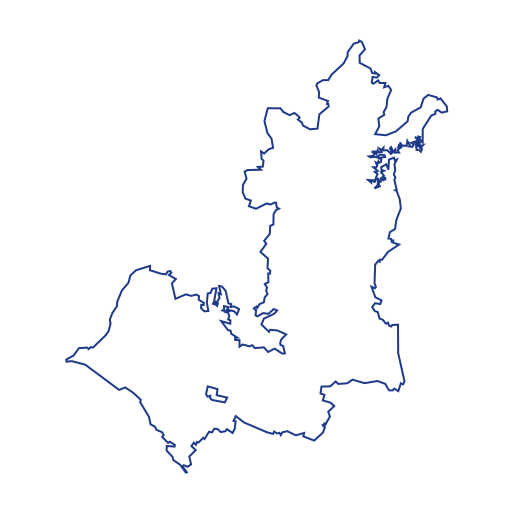 outline of Boyolali, Jawa Tengah, Indonesia, rotated 2°
{"feature_id": "22746128B51975137382727", "entity_name": "Boyolali", "entity_type": "district", "adm_level": 2, "iso_a3": "IDN", "parent_name": "Indonesia", "parent_adm1": "Jawa Tengah", "projection": "robinson", "projection_center": [110.67, -7.387], "detail": "fine", "context": "isolated", "style": "outline", "palette": "blue", "viewbox_px": 512, "rotation_deg": 2, "n_neighbors": 0, "source": "geoboundaries", "source_scale": "gbopen_adm2", "svg_char_len": 6116}
<svg xmlns="http://www.w3.org/2000/svg" viewBox="0 0 512 512"><g transform="rotate(2 256 256)"><path d="M418.6,136.7L418.2,123.2L426.3,109.5L430.3,107.7L430.1,105.3L432.3,103.6L436.6,106.2L442.0,104.8L441.5,99.9L434.9,92.1L432.2,93.3L431.3,91.2L422.5,89.0L418.0,92.8L415.4,101.7L405.9,107.4L403.4,111.4L402.8,116.1L391.6,126.5L381.7,130.8L370.8,130.1L374.7,122.1L373.5,114.4L379.3,110.3L378.5,107.8L381.2,102.6L381.8,94.2L385.3,85.4L382.3,81.3L378.2,82.9L379.2,78.6L373.6,78.8L372.0,76.2L367.4,79.7L365.7,78.8L366.2,73.0L370.5,73.5L372.8,70.9L368.7,68.2L369.0,69.5L365.8,69.1L363.8,64.6L352.9,59.3L352.5,51.9L357.7,45.6L354.3,38.3L351.6,37.1L351.2,38.7L346.2,40.5L340.5,49.1L340.5,53.1L336.9,60.4L325.2,72.1L322.0,77.7L316.8,77.9L311.2,81.4L310.4,83.5L313.4,90.0L313.2,95.5L322.5,98.6L321.6,101.5L323.0,101.6L323.4,104.1L314.4,112.1L313.0,126.5L305.6,127.5L298.4,124.0L297.2,121.0L293.1,118.2L294.7,116.3L293.9,115.1L289.4,111.7L284.8,114.1L278.4,111.2L275.3,107.6L262.6,107.9L259.7,120.9L263.1,132.7L267.4,138.2L269.3,147.3L265.1,148.8L260.5,153.3L257.4,151.3L258.2,158.7L260.2,160.4L259.7,166.4L254.8,167.0L257.9,169.6L244.6,170.4L241.7,172.0L243.8,179.1L240.5,185.4L240.5,192.8L243.4,199.0L248.9,200.8L247.2,206.5L254.4,208.8L264.6,203.2L268.9,204.0L272.8,201.9L274.2,202.1L275.1,206.8L277.3,207.9L274.4,209.4L272.1,213.5L272.3,223.9L269.1,225.4L269.0,233.4L263.6,240.6L265.9,243.4L260.3,251.8L268.1,258.2L267.9,267.9L270.7,270.0L270.7,273.1L268.8,273.0L269.3,281.8L265.8,283.6L268.1,287.3L267.3,290.2L268.9,293.6L266.1,297.1L265.5,301.9L261.2,304.0L259.0,307.9L258.3,306.5L255.7,308.4L258.0,310.5L257.6,315.3L259.4,316.3L265.2,312.8L270.4,313.4L275.6,308.4L279.0,309.7L276.2,313.1L266.1,318.3L263.8,324.2L271.6,331.3L272.7,329.2L280.0,329.7L288.9,333.3L284.2,338.5L283.2,342.0L283.6,344.0L286.3,345.0L288.3,352.4L285.6,352.6L277.9,347.9L271.5,351.5L267.0,347.0L258.0,348.1L255.4,345.3L252.7,346.5L245.7,344.9L242.7,347.2L242.4,340.7L238.1,340.6L238.0,338.5L240.2,338.2L233.9,334.5L233.2,331.5L230.5,331.0L223.5,322.3L232.6,324.6L232.7,321.2L230.4,320.4L231.4,317.2L230.1,313.6L228.5,313.3L229.8,312.7L224.5,311.6L226.0,310.5L225.8,307.2L230.2,308.0L228.9,310.5L236.2,312.1L239.1,315.1L240.9,309.6L235.8,307.1L232.6,307.9L232.9,304.9L230.1,304.4L226.9,292.0L223.1,287.7L220.2,287.2L222.2,295.4L219.9,294.5L221.0,299.3L218.8,303.1L215.7,302.9L217.6,289.6L213.5,290.2L211.8,294.6L209.1,295.1L208.5,304.2L210.3,312.6L206.3,313.1L202.9,310.0L203.0,306.7L205.3,306.8L205.5,304.6L200.2,301.7L200.5,298.1L197.9,296.6L192.6,298.1L187.2,296.8L177.0,301.6L172.9,286.3L176.7,281.8L169.6,278.0L172.0,275.8L170.9,274.0L168.2,274.7L166.6,277.5L161.4,277.0L150.5,273.9L150.5,269.5L136.5,274.5L131.2,279.8L129.4,287.3L123.2,295.1L118.9,306.5L118.7,311.2L114.4,318.1L112.1,324.9L113.0,328.7L111.3,336.1L108.7,340.3L96.3,353.2L94.1,352.8L92.0,354.9L90.4,353.4L82.2,354.3L77.3,361.7L70.0,366.1L70.3,368.2L75.6,367.5L89.0,370.5L123.9,394.6L129.9,391.9L138.1,397.0L145.9,403.8L145.3,406.1L154.6,420.4L156.6,428.0L161.0,430.1L162.6,433.2L168.3,435.4L169.9,438.0L168.5,440.1L174.7,445.9L176.3,444.6L181.5,447.7L181.3,449.3L173.5,449.0L173.4,453.5L179.6,459.7L180.6,462.9L187.5,467.3L193.4,474.9L194.4,474.5L189.8,468.8L191.1,467.6L195.0,469.0L198.4,466.6L196.3,458.7L202.5,452.1L198.1,448.2L200.4,444.7L202.5,446.8L203.6,443.9L205.2,444.3L209.6,439.5L210.9,440.7L215.2,433.3L218.3,433.8L220.4,430.0L223.8,430.4L226.9,433.2L231.5,432.2L232.9,430.1L238.8,433.7L240.8,429.2L241.4,421.9L239.4,421.6L241.3,416.7L250.1,422.9L273.2,431.8L279.3,433.2L280.2,430.8L283.3,432.6L285.6,431.9L287.0,434.1L288.6,431.2L293.4,430.0L302.0,433.8L310.3,431.2L309.6,434.6L320.6,438.4L329.0,430.2L330.8,425.1L328.5,422.7L330.4,421.0L331.1,422.3L335.5,413.8L333.6,409.2L339.4,403.2L335.7,400.0L327.8,398.0L329.2,392.4L325.3,391.2L326.0,384.2L334.8,383.7L340.0,378.6L342.7,381.0L351.7,380.0L356.8,376.2L368.9,379.3L381.8,376.7L389.7,379.3L393.6,385.6L397.1,385.6L398.9,383.7L402.9,386.1L405.2,378.2L407.5,379.1L408.8,376.2L401.5,348.1L400.3,319.7L394.6,320.2L393.6,321.7L391.3,320.8L390.3,318.0L388.2,319.1L384.8,315.2L381.7,314.3L379.6,307.7L376.6,306.9L373.9,302.9L376.7,299.0L381.8,299.7L383.0,296.0L376.7,293.1L372.5,282.7L375.9,284.1L376.9,282.8L375.4,279.1L375.4,260.5L378.2,256.7L379.8,257.4L379.8,255.4L382.2,255.3L387.7,247.4L398.6,239.5L392.8,238.0L392.6,235.9L391.1,236.9L390.7,234.4L387.7,233.8L389.0,227.5L394.0,224.1L395.1,214.8L399.1,203.4L397.7,194.4L394.3,186.0L392.8,185.4L394.2,184.6L391.6,175.0L392.6,172.5L390.9,169.8L392.2,165.0L391.1,159.7L393.4,154.7L391.5,155.7L390.5,152.9L385.6,155.0L385.3,165.1L383.0,159.8L378.0,162.9L378.5,165.8L380.9,166.3L378.0,167.9L381.1,171.4L379.2,173.4L382.3,173.4L382.6,174.8L380.6,175.9L377.9,174.4L377.3,176.4L378.8,177.6L376.9,177.1L376.1,180.0L377.3,182.0L372.0,184.3L375.2,180.7L375.3,174.5L373.6,174.3L372.1,177.8L367.9,176.7L368.3,178.4L365.4,176.1L372.2,176.3L374.6,169.7L371.8,167.8L374.6,166.7L370.3,163.2L373.1,163.2L374.0,161.5L372.6,158.4L374.3,159.3L375.0,157.3L375.5,158.6L377.7,157.5L377.8,154.9L374.9,153.7L381.6,152.6L380.9,150.7L376.5,150.3L373.7,152.7L366.6,153.3L365.4,152.5L369.2,152.0L371.8,149.5L368.9,148.4L368.8,147.6L372.1,147.3L373.0,149.4L373.9,146.3L374.7,148.1L377.8,147.7L375.6,144.4L378.0,145.4L379.6,143.4L379.5,146.0L383.5,145.7L387.3,149.3L388.3,148.2L386.1,143.8L387.2,142.5L389.5,147.3L391.4,144.9L391.3,147.8L395.3,147.6L393.7,145.4L396.9,142.6L394.3,142.5L395.0,140.2L396.8,141.0L395.9,137.4L398.0,140.4L402.7,140.7L403.3,135.7L405.9,140.0L405.1,141.1L408.5,141.5L409.8,139.0L407.2,137.5L410.1,136.3L411.9,138.0L412.8,144.4L415.3,144.1L417.2,146.1L418.2,143.2L416.7,142.2L418.9,139.6L416.2,140.6L416.3,142.5L415.3,140.3L413.8,140.6L414.7,139.7L412.7,140.1L412.8,138.0L414.2,138.9L416.0,137.1L414.8,135.8L413.3,136.9L412.1,135.6L414.0,134.4L410.6,131.5L414.3,133.1L414.0,131.0L415.8,131.3L415.1,133.1L418.6,136.7ZM210.9,395.8L212.4,388.0L222.2,390.4L221.6,396.5L232.1,398.5L229.9,403.4L217.1,401.4L215.0,399.5L215.2,397.3L212.4,398.2L210.9,395.8ZM218.8,307.2L217.5,306.0L213.8,305.0L219.5,304.7L218.8,307.2Z" fill="none" stroke="#1e3a8a" stroke-width="2"/></g></svg>